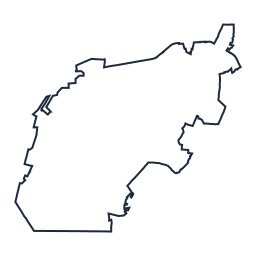 the district of Susāju pag., Vilakas, Latvia
{"feature_id": "27541924B7356494946618", "entity_name": "Susāju pag.", "entity_type": "district", "adm_level": 2, "iso_a3": "LVA", "parent_name": "Latvia", "parent_adm1": "Vilakas", "projection": "albers", "projection_center": [27.605, 57.194], "detail": "fine", "context": "isolated", "style": "outline", "palette": "slate", "viewbox_px": 256, "rotation_deg": 0, "n_neighbors": 0, "source": "geoboundaries", "source_scale": "gbopen_adm2", "svg_char_len": 5524}
<svg xmlns="http://www.w3.org/2000/svg" viewBox="0 0 256 256"><path d="M192.1,153.5L190.7,153.3L190.3,153.3L189.9,153.3L189.4,153.1L189.2,153.0L188.9,153.1L188.1,153.0L188.2,151.8L188.3,151.2L188.3,150.1L187.5,149.9L186.7,149.9L183.3,149.6L181.7,149.5L182.1,144.9L181.1,144.6L180.8,144.5L180.2,144.6L179.2,143.4L178.5,141.5L178.5,140.1L178.9,139.6L181.1,136.8L182.1,134.9L182.4,134.0L182.9,133.2L183.6,132.4L183.2,130.5L183.2,130.0L182.3,128.3L184.6,126.1L184.7,125.9L184.7,125.7L184.8,125.1L185.5,123.4L186.8,124.0L187.8,124.7L191.0,125.5L192.6,126.0L192.8,125.5L193.7,123.7L193.9,123.0L194.5,121.5L195.8,118.7L196.6,116.6L197.0,115.8L197.4,115.8L197.7,115.8L197.8,115.9L197.9,116.1L198.2,116.5L198.3,116.8L198.1,117.0L198.3,117.4L198.4,117.6L198.5,117.9L198.5,118.6L199.9,118.7L199.9,118.9L201.3,119.4L201.8,119.8L202.5,121.0L204.1,123.7L204.9,123.5L205.4,123.5L208.9,123.8L210.0,123.9L212.0,124.0L213.0,124.0L215.4,124.3L217.6,124.0L218.2,124.1L219.7,121.0L220.2,119.9L220.8,118.4L221.8,116.0L222.5,114.4L223.4,112.4L223.7,111.9L224.6,109.3L225.4,106.6L224.2,105.5L218.3,100.0L218.5,98.5L218.9,96.2L218.8,95.6L218.8,94.3L218.9,93.8L219.2,91.6L219.8,87.7L219.9,87.3L219.7,84.7L219.8,83.0L220.0,81.4L220.1,80.4L219.9,79.6L220.0,79.2L220.0,77.4L219.5,74.1L221.3,73.6L223.2,73.3L224.7,72.7L224.5,72.2L227.2,71.5L227.7,71.8L229.3,70.3L231.3,68.5L231.6,70.5L231.6,71.3L232.2,72.9L232.5,72.7L234.1,71.7L234.5,71.3L235.1,70.0L235.4,69.6L235.7,69.4L236.4,69.2L237.0,69.3L237.3,69.5L237.4,69.3L238.5,68.4L238.9,68.1L239.6,67.7L239.8,67.6L240.6,67.1L239.8,65.6L238.4,62.8L238.1,62.1L237.5,60.6L237.4,60.5L236.7,59.1L235.3,56.6L234.1,55.3L233.9,55.4L233.1,54.6L232.2,53.9L230.3,53.0L230.4,52.8L228.5,51.7L226.5,50.6L228.0,48.3L229.3,49.6L230.6,48.1L231.7,47.7L233.2,45.5L231.5,45.1L229.9,44.7L230.1,44.3L230.4,42.9L232.2,42.7L233.0,39.5L232.4,38.3L233.7,36.4L233.6,36.0L233.4,34.8L233.7,32.6L233.8,29.8L233.8,26.9L233.7,26.4L233.7,24.6L231.0,24.5L230.8,24.7L230.2,24.7L229.1,24.7L226.2,24.7L223.1,24.5L222.2,26.6L221.6,28.1L220.5,30.2L219.0,33.3L218.5,34.7L218.3,35.5L218.0,36.7L217.5,37.5L217.0,38.4L216.4,39.2L216.0,40.3L215.5,41.2L214.4,43.0L214.1,43.6L213.1,43.1L211.9,42.4L211.0,41.9L209.5,41.7L206.8,41.8L206.7,42.1L205.0,42.2L204.9,41.6L202.3,41.9L200.1,41.9L200.1,42.2L197.3,42.3L197.1,42.2L193.9,42.4L193.0,46.8L192.6,49.1L191.6,48.8L191.6,49.8L191.6,50.5L191.5,50.8L191.0,51.4L191.0,51.6L190.9,51.7L190.6,51.9L190.4,52.0L190.4,52.3L190.7,52.5L190.8,52.6L190.7,52.7L190.4,52.9L190.4,53.0L190.6,53.3L190.8,53.7L190.7,54.2L187.3,52.4L186.4,52.0L186.3,51.5L185.7,48.7L184.6,48.9L184.1,47.5L183.7,45.9L183.1,43.7L179.0,43.9L179.1,43.0L176.5,43.2L175.6,43.3L174.1,43.7L173.2,44.0L172.3,44.4L171.6,44.8L171.2,45.1L170.4,45.7L168.7,47.1L166.5,49.0L164.6,50.6L163.4,51.5L163.7,51.7L163.3,52.1L161.6,53.4L161.4,53.3L160.3,54.1L156.6,57.2L156.7,57.3L156.0,57.8L155.7,57.7L153.5,58.7L151.7,59.1L140.4,61.0L122.3,64.2L117.1,65.1L113.0,65.7L108.9,66.4L104.1,67.4L104.1,66.8L104.6,63.3L104.8,61.9L104.9,60.6L104.6,59.3L104.1,59.6L103.7,59.6L100.6,59.4L97.5,59.3L91.6,58.9L91.3,58.9L90.9,59.1L89.0,59.9L76.2,65.5L76.8,70.5L75.9,70.7L75.9,71.2L76.0,71.4L79.6,71.2L80.7,71.1L81.0,71.1L81.4,71.3L81.7,71.5L83.7,73.2L83.6,75.7L83.4,75.8L81.1,75.7L80.0,75.6L79.6,75.7L79.0,76.0L75.5,79.0L75.6,83.0L68.6,83.5L68.7,87.9L61.9,87.9L57.6,92.4L57.1,94.9L52.8,95.9L46.3,107.1L50.7,111.7L50.0,111.8L49.6,112.6L47.8,114.5L46.7,113.6L42.6,110.1L42.2,110.5L41.9,110.7L41.3,110.1L41.8,109.4L41.5,108.8L45.0,103.7L49.3,96.0L49.0,96.1L47.8,96.3L46.4,96.8L46.1,97.1L45.9,97.6L45.6,98.0L39.8,106.9L38.0,109.8L37.8,110.0L33.0,114.3L35.0,115.7L35.8,116.1L36.5,116.5L35.6,119.6L33.7,127.4L37.3,127.3L36.4,135.3L35.3,138.7L32.3,147.8L29.8,149.7L28.3,149.4L26.9,155.2L26.1,158.3L25.8,159.0L24.6,164.1L30.6,165.7L30.9,165.7L32.2,165.9L29.2,172.5L29.3,172.5L29.2,172.6L27.4,176.4L25.2,175.4L23.8,178.8L25.2,180.2L23.0,182.3L22.6,182.8L21.7,183.5L19.9,183.1L17.6,192.4L17.3,193.9L17.1,194.3L16.5,197.5L16.3,198.0L16.2,198.5L15.4,202.0L19.1,207.9L19.6,208.6L22.2,212.8L24.1,216.1L25.9,218.2L27.7,221.3L33.1,229.5L33.9,230.9L85.0,231.2L89.6,231.3L107.7,231.4L107.8,231.5L111.2,231.5L111.2,226.6L111.7,222.9L111.3,219.8L109.1,220.6L109.1,219.7L109.2,218.9L109.2,218.0L108.6,213.5L118.6,216.0L123.8,215.5L126.4,213.4L125.8,212.5L125.5,212.4L124.7,211.9L124.9,210.7L126.0,210.4L127.5,210.4L128.2,210.2L129.3,207.7L126.7,208.2L126.0,208.4L124.3,208.7L124.3,207.5L124.5,204.7L126.8,204.7L127.1,203.9L125.3,203.1L125.9,199.8L127.4,198.0L126.8,197.3L130.2,193.7L130.5,193.9L131.2,193.9L131.2,196.0L130.6,196.8L131.3,197.5L133.0,194.8L133.2,193.6L131.6,192.2L131.1,191.3L127.4,185.9L128.3,184.8L130.3,182.6L131.1,181.5L131.8,180.8L135.5,177.0L138.7,173.5L139.2,172.9L142.5,169.3L144.3,167.2L145.3,165.9L145.6,165.5L146.4,164.9L147.7,163.1L148.1,162.5L151.5,162.5L153.3,162.6L155.0,162.7L156.1,163.0L159.3,163.1L161.4,163.9L164.6,164.6L165.0,164.8L168.0,165.8L168.2,166.1L171.1,168.8L171.4,169.8L172.5,170.6L174.5,172.5L175.2,172.9L176.0,173.2L176.4,173.2L176.5,172.9L177.1,172.6L178.7,172.6L179.5,172.0L179.7,171.3L180.1,170.3L180.2,170.2L180.2,170.3L180.3,170.2L180.7,169.8L180.9,169.7L181.1,169.5L181.3,169.5L183.0,168.0L184.3,166.7L184.7,166.3L187.2,163.7L187.8,163.1L187.8,162.5L187.8,162.4L188.1,162.0L188.2,161.7L188.2,161.4L188.2,160.6L188.5,160.2L188.7,159.7L188.9,159.1L189.5,158.8L189.9,158.4L190.0,158.2L190.2,157.0L190.1,156.8L190.0,156.5L190.0,156.2L190.3,155.9L190.8,155.6L191.1,155.6L191.2,155.0L192.1,153.5Z" fill="none" stroke="#1e293b" stroke-width="2"/></svg>